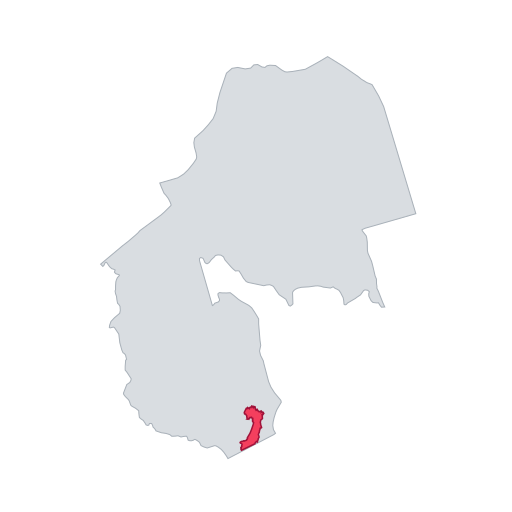 location of Kaputa, Northern, Zambia, rotated 164°
{"feature_id": "96606910B91372429992286", "entity_name": "Kaputa", "entity_type": "district", "adm_level": 2, "iso_a3": "ZMB", "parent_name": "Zambia", "parent_adm1": "Northern", "projection": "equal_earth", "projection_center": [29.552, -8.814], "detail": "fine", "context": "in_parent", "style": "filled", "palette": "rose", "viewbox_px": 512, "rotation_deg": 164, "n_neighbors": 0, "source": "geoboundaries", "source_scale": "gbopen_adm2", "svg_char_len": 7594}
<svg xmlns="http://www.w3.org/2000/svg" viewBox="0 0 512 512"><g transform="rotate(164 256 256)"><path d="M328.4,352.7L309.7,352.7L302.9,354.7L297.3,357.7L290.6,362.4L286.7,365.7L285.7,367.5L285.2,371.5L285.2,377.7L284.5,382.1L282.5,386.2L272.4,391.1L265.8,395.2L259.3,399.9L254.4,406.1L251.1,413.7L245.6,423.1L234.0,439.9L227.3,443.0L221.6,442.3L214.8,438.8L209.3,438.1L205.4,440.3L201.6,439.6L198.2,436.1L195.4,434.8L193.1,435.8L190.1,435.6L184.7,433.7L180.0,427.7L177.5,425.2L175.5,424.3L169.9,423.3L157.1,421.9L143.8,424.9L132.2,427.9L120.1,414.6L108.5,400.5L106.0,396.9L101.6,392.1L98.5,389.8L97.2,388.7L94.0,376.1L92.1,364.5L90.7,252.6L143.4,252.6L146.8,252.1L146.9,250.9L144.5,244.9L144.6,242.8L145.2,238.7L147.4,230.5L147.6,227.8L146.4,219.0L146.5,214.0L147.0,204.0L146.6,200.6L147.8,196.1L148.2,193.1L148.7,191.8L148.1,188.4L147.0,176.5L146.3,171.5L149.5,172.2L150.5,174.7L151.2,177.3L152.6,177.5L156.4,179.1L157.7,181.3L158.6,186.1L158.1,188.5L156.9,190.5L158.1,192.3L160.6,193.4L162.1,193.1L166.3,189.8L170.2,188.6L172.2,187.8L180.9,185.6L182.7,184.5L183.9,184.5L184.7,185.4L184.0,188.8L183.7,191.8L184.8,197.5L185.7,200.1L187.5,202.0L188.8,203.0L190.3,205.1L193.3,204.7L200.0,207.6L202.0,209.0L204.9,210.3L206.9,210.8L213.8,211.8L221.0,213.4L224.8,213.6L227.5,213.1L229.3,212.3L230.5,211.4L231.0,210.6L233.7,199.8L235.1,199.0L236.9,198.4L238.0,199.4L239.2,206.2L244.4,212.4L246.2,217.5L247.6,221.9L248.7,223.1L250.7,224.6L253.9,225.2L256.7,225.3L270.9,232.8L272.5,234.2L274.2,238.2L275.3,242.7L276.4,246.3L278.2,247.0L279.8,247.2L281.5,249.7L282.7,251.8L286.9,260.7L287.5,264.2L289.5,266.5L292.2,267.5L294.8,267.7L296.3,266.6L299.9,264.8L302.7,262.7L304.7,262.0L305.9,262.4L306.9,263.9L307.5,268.3L309.5,269.8L311.0,269.2L311.5,267.4L311.6,266.6L311.6,220.4L310.3,220.7L308.6,222.0L304.9,222.2L303.4,223.2L303.0,224.6L303.3,226.6L303.3,229.2L302.8,230.4L301.2,230.9L298.8,229.9L294.5,228.6L290.9,227.8L288.3,224.3L284.8,219.1L282.5,216.4L277.0,211.0L276.1,209.9L274.4,207.3L273.0,203.0L271.6,198.0L270.8,194.8L272.2,189.9L275.4,173.8L276.1,168.8L278.8,163.7L279.0,159.2L277.9,153.3L278.1,150.1L278.5,131.7L277.8,125.9L275.9,119.4L271.9,110.4L272.0,108.5L278.1,102.7L279.9,100.5L283.1,95.7L285.3,91.7L286.6,88.4L287.1,84.2L286.1,80.2L288.2,79.4L338.8,69.0L339.5,71.8L341.1,76.4L342.8,79.8L345.0,82.7L346.8,84.5L348.0,85.1L355.8,84.9L358.6,86.7L361.1,88.9L361.7,92.5L363.3,94.7L365.0,96.4L365.7,96.6L367.0,96.2L369.1,96.2L371.0,96.9L372.0,97.7L372.0,100.7L372.6,102.0L375.3,102.5L378.0,102.7L380.5,104.7L383.3,105.1L386.6,105.9L388.1,108.1L391.5,110.3L395.7,112.2L400.4,115.5L400.5,116.5L401.2,118.4L402.1,119.8L402.1,121.9L402.5,123.7L403.7,124.2L404.7,124.3L405.6,123.0L406.8,123.0L408.2,123.9L408.7,126.0L409.7,129.0L411.4,131.0L412.6,132.9L412.1,136.4L411.4,139.6L413.7,142.8L416.7,145.8L417.5,147.1L417.8,151.6L418.2,153.1L420.3,156.8L421.3,159.3L421.2,160.7L415.6,168.1L412.2,169.2L410.7,170.7L409.8,172.3L412.0,179.6L413.2,182.4L412.2,185.9L410.0,191.8L408.9,192.3L408.7,196.8L409.4,198.4L410.5,199.7L410.9,202.7L410.8,210.2L409.4,218.8L411.8,226.2L412.7,227.0L416.1,227.1L416.7,227.7L415.8,229.8L413.4,233.1L409.0,235.7L402.8,238.5L401.4,241.2L400.6,245.1L401.3,247.4L402.1,248.7L401.8,252.1L401.2,255.7L401.4,258.6L401.1,261.1L400.3,262.3L399.2,266.1L397.8,269.9L396.7,271.6L395.2,273.4L392.7,274.9L392.7,275.7L395.5,277.5L396.2,278.7L396.5,279.5L395.3,281.4L396.6,282.6L398.2,283.6L399.7,286.1L401.3,290.8L401.7,291.3L402.1,291.4L403.1,290.9L404.8,288.9L406.1,288.2L407.6,291.0L381.3,302.7L375.2,305.1L366.0,309.3L363.0,310.8L360.6,312.4L336.2,321.5L332.4,323.3L323.8,328.0L323.5,328.8L323.6,330.9L324.4,335.3L325.9,339.3L327.1,341.6L327.9,347.5L328.4,352.7Z" fill="#d9dde1" stroke="#a8b0b8" stroke-width="1"/><path d="M292.1,103.6L292.3,103.6L292.6,103.7L292.8,104.2L293.2,104.4L293.2,104.5L293.3,104.7L293.4,104.4L293.6,104.6L293.8,104.5L293.7,104.7L293.8,104.9L294.0,104.7L294.1,104.8L294.0,105.0L294.4,105.2L294.4,105.5L294.8,105.5L294.7,105.6L294.9,105.6L295.5,105.3L296.1,105.5L296.3,106.1L296.7,106.5L296.7,107.0L296.8,107.2L297.1,107.3L297.1,107.5L297.2,107.4L297.3,107.3L297.5,107.6L297.5,107.8L297.6,108.0L297.6,108.3L297.8,108.3L297.9,108.1L298.0,108.1L298.2,107.8L298.4,107.7L298.5,108.2L298.6,108.3L298.4,108.6L298.4,108.8L298.7,108.9L298.8,109.1L298.7,109.9L298.5,110.5L298.6,110.8L298.5,111.1L298.5,111.3L298.8,111.4L298.8,111.2L299.0,111.2L299.3,111.0L299.5,111.1L299.4,111.2L299.5,111.2L299.8,111.1L299.8,111.3L299.9,111.2L299.9,111.4L300.0,111.4L299.9,111.5L300.1,111.5L300.1,111.8L300.3,111.7L300.4,111.9L300.5,111.7L300.6,111.8L300.6,112.0L300.8,112.2L300.9,112.3L300.9,112.2L301.0,112.3L301.0,112.2L301.1,112.3L301.3,112.3L301.4,112.1L301.5,112.1L301.7,112.4L301.8,112.3L302.0,112.4L302.2,112.2L302.2,112.3L302.4,112.1L302.5,112.1L302.8,112.2L303.0,112.2L303.3,112.2L303.5,112.0L303.8,112.0L304.0,111.9L304.1,111.7L304.3,111.4L304.4,111.5L304.5,111.5L304.8,111.6L304.8,111.4L304.9,111.5L305.0,111.7L305.1,111.8L305.2,112.0L305.3,112.0L305.5,112.0L305.7,112.4L305.8,112.4L305.9,112.2L306.0,112.3L306.3,112.3L306.3,112.2L306.3,112.3L306.4,112.2L306.4,112.3L306.5,112.3L306.7,112.1L306.9,112.2L307.0,112.2L307.2,112.3L307.3,112.3L310.4,108.9L310.4,108.7L310.3,108.1L310.5,108.0L310.5,107.7L310.4,107.7L310.3,107.2L310.2,107.2L309.9,107.0L309.6,106.8L309.5,106.7L309.4,106.3L309.4,106.2L309.3,105.8L309.2,105.6L309.1,105.3L308.9,104.9L309.0,104.7L309.1,104.4L309.1,104.2L309.3,103.8L309.3,103.7L309.2,103.6L309.1,103.1L309.2,102.7L309.3,102.5L309.4,102.3L309.4,102.1L309.5,102.0L309.4,102.0L309.4,101.8L309.4,101.7L309.2,101.5L309.0,101.4L308.6,101.2L308.4,101.3L308.2,101.4L308.0,101.6L307.9,101.5L307.7,101.5L307.4,101.6L307.2,101.8L307.2,101.7L307.1,101.8L306.9,101.7L307.0,101.8L306.9,101.9L306.7,102.0L306.3,102.0L306.1,102.2L305.9,102.4L305.4,102.2L305.1,102.1L304.9,102.0L304.7,102.1L304.6,101.7L304.4,101.2L304.5,100.9L304.1,100.6L303.9,100.6L304.0,100.3L304.1,100.2L304.3,100.0L304.4,99.9L304.4,99.7L304.5,99.5L304.4,99.4L304.5,99.1L304.4,99.1L304.5,98.8L304.6,98.7L304.5,98.4L304.8,98.3L304.8,98.1L304.9,97.8L304.8,97.6L304.7,97.4L304.2,96.6L305.0,95.0L308.1,90.5L310.6,87.3L314.2,83.9L314.2,84.0L314.2,83.9L314.4,83.7L314.3,83.2L314.5,82.9L314.8,82.5L315.0,82.3L315.4,82.3L315.5,82.0L315.9,81.5L317.5,81.5L317.6,81.4L318.1,81.3L318.4,81.6L318.8,81.8L319.5,81.5L319.8,81.5L320.5,81.8L320.8,81.7L321.3,81.7L321.5,81.7L322.4,81.4L322.7,81.1L322.7,80.7L322.4,80.3L322.0,80.0L321.7,79.7L321.4,79.2L321.3,78.9L321.6,78.2L322.0,77.8L322.2,77.1L322.2,76.9L322.2,76.7L322.4,76.6L322.5,76.5L322.7,76.3L322.8,76.2L323.0,76.1L323.1,75.7L323.2,75.4L323.3,75.5L323.3,75.2L323.5,75.1L323.5,74.9L323.7,74.6L323.7,74.3L323.5,74.2L323.5,73.8L323.5,73.6L323.6,73.4L323.5,73.2L308.8,75.8L308.7,75.9L308.3,76.6L308.0,76.9L307.8,77.0L307.3,77.1L307.1,77.2L306.8,77.6L306.6,77.7L306.4,77.6L305.9,76.9L304.3,79.4L304.2,79.8L304.0,80.0L303.1,80.8L302.9,81.6L302.9,82.1L302.9,82.7L303.0,83.2L302.9,83.9L302.7,84.1L302.4,84.5L302.1,85.0L301.6,85.4L301.5,85.5L300.6,87.5L300.1,88.0L299.5,89.3L299.4,89.4L298.2,89.3L297.9,89.5L297.9,89.9L298.0,92.2L298.0,92.5L297.9,92.9L297.9,93.2L297.7,94.1L297.7,94.5L297.8,94.7L297.6,95.2L297.2,95.9L296.9,96.4L296.5,97.1L296.1,97.3L295.9,97.4L295.5,97.4L294.6,98.0L294.4,98.6L294.4,99.0L294.4,99.3L294.3,99.9L294.0,100.3L294.0,100.8L294.0,101.0L294.0,101.3L293.9,101.6L293.9,101.8L293.4,101.6L293.2,101.5L292.7,101.9L292.8,102.0L292.7,102.3L292.6,102.5L292.6,102.4L292.5,102.5L292.5,102.4L292.4,102.7L292.5,102.7L292.5,102.9L292.1,102.9L292.3,103.2L292.1,103.5L292.1,103.6Z" fill="#f43f5e" stroke="#9f1239" stroke-width="1.5"/></g></svg>